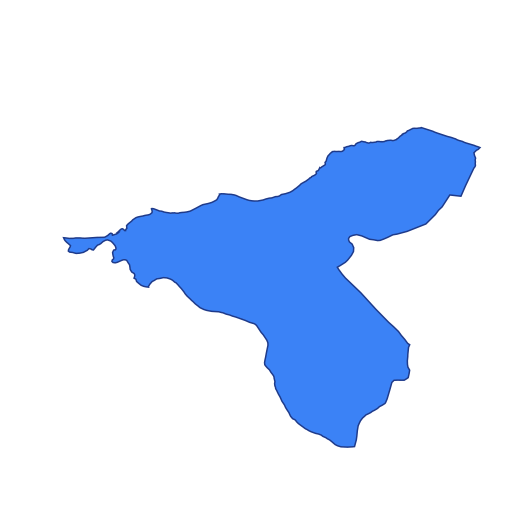 Mbour, Thiès, Senegal, rotated 104°
{"feature_id": "50182788B56533800648606", "entity_name": "Mbour", "entity_type": "district", "adm_level": 2, "iso_a3": "SEN", "parent_name": "Senegal", "parent_adm1": "Thiès", "projection": "robinson", "projection_center": [-16.867, 14.372], "detail": "fine", "context": "isolated", "style": "filled", "palette": "blue", "viewbox_px": 512, "rotation_deg": 104, "n_neighbors": 0, "source": "geoboundaries", "source_scale": "gbopen_adm2", "svg_char_len": 6082}
<svg xmlns="http://www.w3.org/2000/svg" viewBox="0 0 512 512"><g transform="rotate(104 256 256)"><path d="M366.8,94.8L362.9,94.2L353.5,93.8L345.8,93.6L343.2,92.0L342.2,88.7L341.3,84.7L340.6,82.1L338.6,80.1L337.2,78.9L333.1,79.0L329.6,79.3L327.1,81.7L324.6,82.8L321.1,83.8L317.0,84.4L314.7,84.9L307.7,85.9L304.9,85.4L304.1,87.7L301.1,91.3L297.9,95.8L294.8,99.5L291.4,105.3L288.3,111.2L278.7,126.8L266.4,145.3L255.7,164.0L252.6,168.3L248.9,172.7L247.2,174.4L244.8,171.9L240.5,167.8L237.8,166.1L232.3,163.6L228.1,162.5L224.3,163.2L221.2,165.6L219.8,168.7L218.1,170.0L216.6,170.4L214.5,169.7L212.6,167.1L210.9,163.5L210.9,158.3L212.3,149.8L211.8,145.8L211.6,141.7L210.8,139.3L208.6,136.1L206.0,132.7L202.3,128.3L200.6,124.4L195.6,115.4L183.8,98.9L172.4,92.0L167.5,90.0L163.3,87.3L149.9,82.7L148.4,71.6L137.1,69.7L118.2,65.9L116.3,65.1L114.9,65.0L113.5,65.6L111.5,65.9L109.8,66.6L107.9,66.6L105.6,68.3L103.1,69.5L100.1,67.7L98.8,66.2L96.6,64.9L96.3,67.1L96.2,69.1L95.9,71.0L95.5,79.7L95.3,81.6L94.9,83.4L94.8,87.0L94.6,88.9L94.1,90.7L94.0,92.3L93.8,94.2L93.7,95.8L93.7,99.0L92.9,109.6L92.6,112.6L92.2,114.6L92.1,116.1L91.4,126.8L91.5,126.9L91.8,126.9L92.4,128.8L93.2,130.7L93.5,131.9L93.7,133.0L94.2,134.6L97.4,138.4L98.0,139.4L99.1,139.8L100.2,140.6L100.9,141.4L101.3,142.2L101.9,142.9L102.6,143.1L102.5,143.5L103.7,144.0L105.0,145.2L107.1,146.4L108.6,147.8L109.0,147.8L109.7,149.0L110.2,149.6L110.7,150.5L111.0,151.6L111.0,152.6L111.2,153.8L111.7,155.1L111.9,155.8L112.3,156.8L112.7,157.3L112.9,158.0L113.5,158.7L114.1,159.5L114.3,160.4L114.8,161.4L114.7,162.1L115.0,162.8L115.1,164.2L115.6,166.3L116.4,167.1L117.5,169.9L117.9,171.0L117.9,172.2L118.6,172.9L119.2,174.0L119.2,176.3L118.9,177.7L119.1,178.6L119.1,180.0L119.2,181.4L120.6,183.0L121.4,184.5L121.9,184.9L122.5,185.7L123.1,186.2L123.9,186.4L124.7,186.8L125.4,187.6L125.6,189.9L126.2,191.2L127.0,192.3L127.5,193.3L127.9,194.2L128.5,195.1L129.0,195.6L129.3,196.2L129.5,196.8L129.9,196.7L130.7,196.2L131.4,196.0L132.1,196.6L133.4,197.4L134.0,198.6L134.3,199.6L134.4,200.6L135.3,203.7L135.4,204.9L136.3,207.3L137.1,207.6L137.8,208.3L138.5,208.8L139.6,209.3L141.3,210.3L142.1,210.5L143.7,210.8L146.6,210.9L147.4,211.0L148.1,211.5L148.8,211.6L149.5,211.1L150.3,210.9L151.0,211.2L153.8,213.9L154.6,214.4L155.1,215.2L154.9,215.5L156.0,215.7L157.3,216.0L158.3,216.5L158.9,217.5L159.4,218.0L160.5,217.8L161.2,217.3L162.2,217.7L163.2,218.5L163.9,219.2L164.3,219.8L165.6,221.3L166.2,221.4L167.0,222.2L167.3,222.7L168.3,223.2L171.3,225.7L174.9,229.6L176.9,230.8L180.3,233.3L182.0,234.8L183.6,236.0L185.9,238.4L188.4,242.4L190.2,246.2L192.1,247.8L193.0,249.3L193.7,251.5L195.8,254.7L196.7,257.2L198.3,260.2L199.9,262.6L202.2,267.6L203.0,270.7L203.4,273.0L203.7,276.1L203.6,278.4L202.7,286.7L202.1,289.8L202.0,291.7L202.2,295.1L202.8,297.8L203.4,302.0L204.0,304.7L204.8,306.5L205.5,306.1L207.4,306.8L209.2,307.1L211.0,307.7L212.9,309.7L214.6,311.7L215.6,313.3L216.7,315.2L219.0,319.9L220.4,321.7L224.4,326.1L228.4,330.7L230.0,333.8L231.0,336.3L231.7,338.5L232.5,340.5L233.3,341.7L233.5,342.5L233.8,344.0L233.8,345.3L233.9,345.8L234.3,346.8L234.4,347.6L235.1,349.2L235.2,350.9L235.5,354.1L235.6,356.1L235.4,357.2L235.4,359.1L235.7,360.4L235.3,363.3L234.9,366.8L235.1,368.5L235.5,368.9L237.2,367.8L238.3,367.4L239.3,367.5L241.1,368.8L242.1,370.3L243.5,373.6L244.6,375.5L245.7,378.0L246.7,380.0L247.8,381.7L249.1,382.9L250.8,384.4L252.2,385.1L255.6,387.7L256.8,388.4L257.9,388.9L260.5,388.0L261.4,388.6L262.3,388.8L262.9,388.7L263.1,389.7L262.4,390.6L262.0,391.6L261.9,392.4L262.4,393.2L263.0,393.8L264.7,394.9L265.4,395.2L266.9,396.3L266.9,395.9L266.6,395.2L267.2,395.6L268.2,396.5L269.9,399.2L270.4,399.8L270.6,400.3L269.4,400.7L269.2,401.0L269.0,401.5L269.1,402.7L270.0,403.5L271.9,404.8L273.7,406.6L274.5,407.6L276.5,414.9L280.2,426.3L280.7,428.7L281.0,430.8L282.1,435.3L283.1,437.6L284.1,441.5L284.5,445.0L284.8,447.1L286.5,445.8L287.3,444.9L288.5,443.0L289.4,441.1L290.8,438.5L291.9,438.5L295.1,439.4L296.6,439.3L297.3,437.8L296.9,434.7L297.0,432.7L297.0,431.1L295.9,427.8L294.2,424.3L292.7,422.7L291.3,421.1L289.2,419.9L289.1,418.0L289.6,416.7L289.5,415.2L285.8,413.5L283.8,412.4L282.8,410.9L281.5,409.6L279.1,408.0L277.2,405.9L276.3,404.1L276.6,400.6L277.3,399.2L278.3,397.6L280.1,395.2L281.6,394.1L282.9,393.6L284.0,393.9L284.5,395.3L285.5,395.7L287.3,396.0L288.8,395.4L290.7,394.5L292.0,393.6L293.3,393.5L294.6,394.5L296.1,394.5L296.9,393.2L296.7,391.0L295.7,389.1L292.9,385.5L291.8,383.9L291.3,382.1L291.5,380.4L293.8,378.1L295.1,376.6L297.4,375.6L299.5,374.8L301.6,372.7L302.5,369.9L303.8,369.0L305.6,368.8L307.0,369.0L307.6,366.9L309.6,365.7L310.8,363.4L312.2,360.4L312.6,357.6L312.5,355.1L312.2,352.7L311.5,353.0L308.8,352.1L305.9,350.6L304.3,348.8L302.2,346.8L301.0,343.8L299.4,340.7L298.8,337.2L299.1,333.4L299.7,331.1L301.1,328.4L301.3,327.2L302.8,324.8L304.1,323.0L305.8,320.4L308.2,317.3L309.9,315.5L311.8,312.8L313.5,309.6L314.7,307.7L315.3,306.4L317.1,303.4L319.7,297.7L320.5,293.8L320.7,290.7L320.4,285.5L319.1,278.5L319.2,276.2L319.1,274.3L319.6,271.0L319.6,267.2L320.0,264.4L320.1,261.0L321.1,250.9L321.9,246.2L322.1,241.4L322.5,240.1L323.3,238.6L328.9,232.5L330.7,229.9L335.1,225.1L337.3,223.5L339.7,222.8L346.9,222.5L351.6,222.2L354.8,222.1L357.4,221.9L359.3,221.2L360.0,220.5L361.7,218.1L363.2,215.4L365.2,213.4L366.7,211.5L368.1,209.9L369.3,209.1L369.9,209.0L373.4,207.2L375.2,207.1L376.8,206.5L377.8,206.0L378.5,205.4L380.0,204.8L381.1,203.7L384.5,200.9L387.0,198.5L390.6,195.7L393.6,192.4L395.9,190.6L398.2,188.2L400.0,186.2L401.9,184.7L403.2,183.6L405.0,181.1L405.4,178.9L405.9,177.8L406.9,176.7L408.3,174.4L411.7,166.2L412.0,164.5L412.6,162.8L413.2,160.0L413.7,155.2L413.6,152.2L414.0,149.3L414.8,147.6L415.1,145.9L415.4,144.2L416.1,142.5L416.6,140.2L417.5,138.2L419.8,133.6L420.4,131.0L420.6,127.5L419.3,121.0L417.8,116.2L417.1,114.3L410.1,114.2L406.4,114.6L401.1,115.4L396.1,115.8L393.6,115.4L390.7,114.8L387.4,113.4L385.1,111.8L383.5,110.8L381.8,108.7L380.1,106.8L378.6,105.6L377.0,103.7L374.5,101.2L372.2,99.7L370.3,97.5L367.9,95.2L366.8,94.8Z" fill="#3b82f6" stroke="#1e3a8a" stroke-width="1.5"/></g></svg>